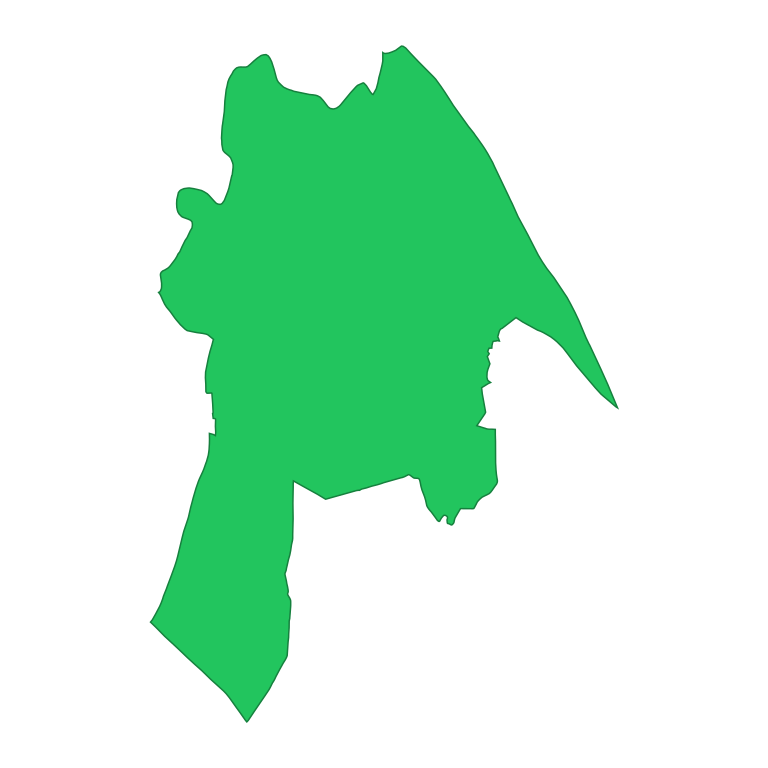 Vung Liem, Vĩnh Long, Vietnam (Equal Earth projection)
{"feature_id": "81297802B24233120148790", "entity_name": "Vung Liem", "entity_type": "district", "adm_level": 2, "iso_a3": "VNM", "parent_name": "Vietnam", "parent_adm1": "Vĩnh Long", "projection": "equal_earth", "projection_center": [106.149, 10.058], "detail": "fine", "context": "isolated", "style": "filled", "palette": "green", "viewbox_px": 768, "rotation_deg": 0, "n_neighbors": 0, "source": "geoboundaries", "source_scale": "gbopen_adm2", "svg_char_len": 6059}
<svg xmlns="http://www.w3.org/2000/svg" viewBox="0 0 768 768"><path d="M617.5,407.8L607.7,384.3L600.9,369.2L589.7,345.2L588.9,343.8L585.9,337.5L578.8,320.5L575.1,312.7L570.9,304.5L567.1,297.5L553.9,277.7L546.8,268.5L542.3,261.8L538.2,255.0L527.8,234.7L518.1,216.8L512.2,203.6L510.0,199.2L509.1,197.2L494.4,166.4L492.7,162.6L487.7,153.6L485.2,149.5L482.5,145.4L477.7,138.6L475.4,135.5L473.7,133.0L468.4,126.4L453.3,105.4L449.4,99.2L444.8,92.1L441.0,86.5L435.7,79.2L433.4,76.7L418.5,61.7L410.5,53.3L405.7,48.0L403.1,46.3L401.4,46.1L395.6,50.4L391.8,52.0L388.6,53.1L385.3,53.5L383.6,53.2L382.8,52.6L382.8,61.0L382.2,64.4L380.2,72.9L378.9,77.6L377.9,82.8L376.3,88.7L373.1,94.5L372.4,94.3L370.5,92.2L366.4,85.7L364.3,83.5L363.7,83.0L363.1,82.9L359.7,84.4L357.5,85.4L355.9,86.9L350.7,92.6L340.5,105.0L339.2,106.3L336.4,108.2L334.3,108.8L333.1,109.0L330.1,108.4L328.1,106.9L323.2,100.5L320.3,97.3L317.7,95.9L315.9,95.3L313.4,94.9L309.5,94.5L293.9,91.3L291.4,90.3L289.5,89.8L287.1,88.9L283.6,87.2L281.3,85.1L278.4,82.2L277.2,80.2L276.3,77.7L274.1,69.4L271.7,61.9L270.0,58.4L269.2,57.2L268.1,55.8L266.0,54.6L263.3,54.9L261.2,55.5L260.4,56.0L257.5,58.0L254.3,60.6L250.3,64.3L247.5,66.6L245.7,67.1L243.5,67.1L240.4,67.0L238.7,67.2L236.8,67.8L235.4,68.9L233.4,71.1L232.1,73.7L230.5,76.2L229.0,79.0L227.9,82.0L227.0,86.4L226.2,89.6L224.9,100.7L224.3,111.7L222.6,124.2L222.3,125.9L222.0,129.4L221.5,138.1L221.8,140.8L221.9,144.6L222.8,149.6L223.1,150.5L224.6,152.4L227.8,155.0L229.3,156.3L230.7,157.9L232.5,162.4L233.1,164.7L233.1,167.5L232.2,175.0L231.9,175.4L231.5,176.8L229.0,187.9L227.8,191.6L224.3,200.5L222.1,203.5L220.7,204.3L219.6,204.3L218.5,204.2L217.3,203.8L216.3,203.3L214.6,201.6L208.9,195.3L207.2,193.7L204.1,191.8L201.5,190.5L197.5,189.5L193.4,188.6L189.3,188.0L187.8,188.1L184.1,188.6L182.3,189.3L180.8,190.0L179.7,190.9L178.4,192.6L176.8,199.6L176.6,203.6L176.8,207.4L177.4,210.3L178.0,212.1L179.2,214.1L180.6,215.5L181.5,216.5L183.0,217.3L188.3,219.2L190.7,220.3L192.1,222.0L192.3,223.5L192.4,225.0L192.0,227.9L190.4,230.6L187.1,237.6L185.1,240.5L182.0,246.8L179.8,251.8L178.1,253.9L176.8,256.6L175.1,259.4L171.0,264.8L169.6,266.6L167.8,268.2L164.8,270.0L162.6,271.0L161.8,271.8L161.3,272.2L160.9,272.9L160.6,273.5L160.5,274.2L160.4,274.9L161.6,283.2L161.6,286.8L161.4,288.6L160.5,290.7L160.1,291.4L159.6,292.0L158.6,292.4L160.1,294.4L161.2,296.6L162.4,299.4L164.6,304.1L166.6,307.2L170.2,311.5L174.9,318.1L176.5,320.1L180.4,324.7L185.0,329.1L187.2,330.6L192.3,331.7L196.9,332.6L202.2,333.3L205.7,334.0L207.5,334.6L209.0,335.7L213.5,339.4L213.2,340.1L212.0,344.8L210.0,351.5L208.4,358.0L206.5,367.5L205.8,371.0L205.6,371.9L205.4,377.6L205.8,384.2L205.9,390.7L205.9,391.4L206.0,391.9L206.4,392.5L207.0,393.2L207.7,393.2L211.6,393.0L211.9,393.3L212.7,404.0L213.0,410.2L213.1,412.4L213.0,413.0L212.9,413.2L212.6,413.4L213.2,418.4L214.9,418.6L215.5,419.0L215.6,419.5L215.4,426.3L215.7,432.2L215.4,435.6L213.4,434.5L209.4,433.4L209.5,439.3L209.4,443.9L209.1,449.3L208.9,451.2L208.3,455.2L206.5,461.7L206.1,462.6L203.9,468.9L202.7,471.8L199.5,478.7L198.4,481.4L196.0,488.3L193.2,497.9L192.2,501.8L190.7,507.3L188.5,517.0L187.8,519.3L183.8,531.3L182.4,536.7L177.7,556.3L176.4,561.1L174.8,566.1L171.2,576.0L167.4,586.0L166.5,588.6L163.5,596.1L162.6,599.1L161.1,603.1L159.7,606.3L155.7,613.9L152.3,619.9L150.5,622.1L155.7,627.1L164.6,636.2L177.9,648.5L187.3,657.5L194.6,664.2L202.0,670.8L210.9,679.5L223.5,690.9L226.2,693.7L229.4,697.7L236.5,707.7L239.7,712.1L245.5,720.4L246.8,721.9L247.8,720.9L248.6,719.9L254.4,711.2L264.7,696.1L268.7,690.1L269.5,688.8L271.0,685.9L272.6,682.6L273.2,681.9L274.7,679.2L276.0,676.4L279.7,669.4L282.0,665.3L282.9,663.6L285.2,659.9L285.7,659.0L286.5,657.4L286.9,656.4L287.2,655.4L288.1,641.7L288.6,637.6L288.7,633.8L289.1,627.9L289.2,621.1L289.5,619.5L289.7,618.8L290.6,607.1L290.7,605.2L290.7,601.6L290.6,600.4L290.3,599.4L289.7,598.1L287.9,595.1L287.6,594.0L287.7,593.4L288.1,592.2L288.2,591.6L288.1,590.0L287.5,586.5L286.8,583.6L286.4,581.0L285.0,574.7L285.0,573.9L285.0,573.3L286.0,570.7L286.2,570.0L286.5,568.1L287.2,565.2L288.4,559.8L289.8,554.9L290.6,550.9L291.5,544.7L292.5,540.3L292.7,538.3L292.7,534.4L293.1,518.7L292.9,503.1L293.1,491.2L293.2,487.3L293.2,483.8L293.4,480.9L303.2,486.4L317.3,494.2L325.6,499.2L356.3,490.6L358.2,490.3L359.6,490.3L360.8,489.5L361.9,489.0L366.4,487.9L371.6,486.2L377.5,484.7L381.1,483.6L383.6,482.7L400.8,477.8L402.3,477.5L404.5,476.7L407.8,475.0L408.3,474.7L409.0,474.7L409.9,475.1L413.5,477.8L414.3,478.1L417.3,478.3L418.2,478.4L418.8,478.7L419.2,479.2L419.6,480.0L420.1,481.8L421.0,486.4L422.0,490.0L424.6,496.8L425.6,500.2L426.8,505.7L427.5,507.1L428.6,508.8L429.8,510.3L431.3,512.0L435.0,517.0L436.8,519.5L437.4,520.4L438.2,521.0L438.9,521.4L439.3,521.4L439.8,521.0L440.3,519.9L441.5,517.9L443.4,515.7L443.9,515.3L444.8,515.3L445.8,515.5L446.7,516.1L447.3,516.7L447.5,517.2L447.4,518.8L447.0,519.8L447.3,522.9L447.6,523.4L448.1,523.6L448.9,523.7L449.5,524.0L451.1,524.9L451.8,524.9L452.2,524.7L452.7,524.2L453.6,523.1L453.9,522.5L454.5,519.7L455.0,518.1L456.0,516.3L460.5,508.6L473.0,508.7L473.4,508.6L473.7,508.5L474.1,508.1L474.5,507.4L476.2,504.2L477.2,502.1L478.5,500.5L480.3,498.7L482.2,497.1L489.2,493.6L490.6,492.3L492.3,490.1L494.5,486.9L496.6,484.0L497.2,482.4L497.4,481.3L497.4,480.6L497.2,479.3L496.8,477.0L496.4,474.2L496.0,470.1L495.6,463.0L495.5,441.4L495.3,434.7L495.3,429.4L491.7,429.2L489.3,429.2L487.9,429.1L486.5,428.8L476.8,425.7L484.8,413.9L485.6,412.2L482.3,393.9L481.6,387.7L488.4,383.5L490.6,382.5L487.9,380.5L487.4,379.4L486.9,377.1L487.1,372.5L487.8,369.6L488.7,367.1L489.9,363.8L487.3,356.5L489.2,353.8L487.7,351.4L489.0,348.2L491.8,348.1L492.0,345.4L492.7,342.3L493.2,341.4L493.9,341.2L496.3,341.0L496.8,340.6L499.4,341.0L498.4,338.1L497.7,337.0L499.3,331.3L499.9,330.1L500.6,329.1L502.3,328.2L516.0,317.6L522.7,322.0L537.5,330.1L540.7,331.3L543.2,332.5L547.1,334.7L550.7,336.8L553.9,339.2L557.1,341.9L559.9,344.7L563.0,347.8L567.5,353.6L576.6,365.8L595.7,388.3L601.3,394.4L615.9,406.8L617.5,407.8Z" fill="#22c55e" stroke="#15803d" stroke-width="1.5"/></svg>